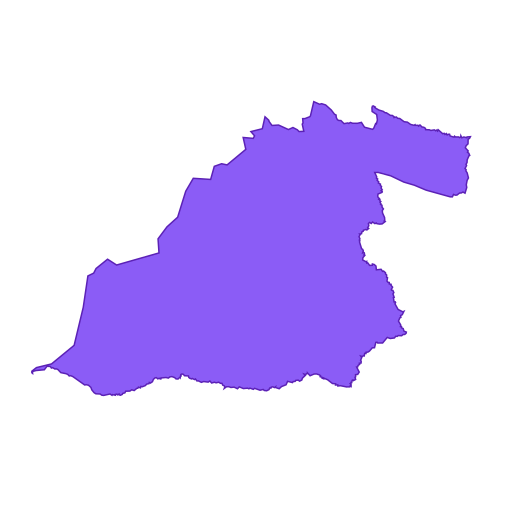 the district of Nakonde, Muchinga, Zambia, rotated 286°
{"feature_id": "96606910B77888556336058", "entity_name": "Nakonde", "entity_type": "district", "adm_level": 2, "iso_a3": "ZMB", "parent_name": "Zambia", "parent_adm1": "Muchinga", "projection": "natural_earth1", "projection_center": [32.444, -9.465], "detail": "fine", "context": "isolated", "style": "filled", "palette": "violet", "viewbox_px": 512, "rotation_deg": 286, "n_neighbors": 0, "source": "geoboundaries", "source_scale": "gbopen_adm2", "svg_char_len": 6101}
<svg xmlns="http://www.w3.org/2000/svg" viewBox="0 0 512 512"><g transform="rotate(286 256 256)"><path d="M223.1,421.6L224.3,421.5L224.6,418.9L226.8,417.5L227.1,415.7L228.1,415.4L228.0,414.3L229.4,414.3L232.7,410.9L236.2,411.3L236.9,412.2L238.6,411.4L239.9,412.8L243.5,413.4L242.8,412.6L243.8,407.3L248.3,402.8L249.8,403.0L250.3,402.5L249.9,401.4L254.0,399.5L254.4,400.2L257.3,398.1L258.8,398.6L260.6,397.1L260.5,395.7L261.2,395.3L263.7,395.9L265.1,393.8L266.0,393.7L265.9,391.8L267.3,391.4L267.1,390.1L268.0,388.8L271.4,388.4L271.5,387.4L273.8,386.8L274.4,385.5L275.6,385.1L276.7,382.8L276.1,381.9L277.7,379.9L275.9,375.5L279.4,374.1L280.4,372.0L280.4,370.1L279.1,370.4L278.3,367.8L280.2,365.3L279.8,364.4L281.3,363.9L280.8,363.4L281.6,359.6L283.8,359.2L286.6,360.4L286.8,359.5L287.4,359.9L288.9,359.2L289.2,358.5L288.5,357.7L290.6,357.7L291.8,356.7L292.1,355.5L298.1,351.6L299.4,351.6L299.8,350.9L301.1,351.2L303.0,349.7L305.2,350.2L305.7,349.5L306.5,351.3L308.3,351.1L309.3,352.2L310.3,352.1L311.8,354.3L311.6,355.4L313.5,356.7L313.9,355.5L316.2,356.1L318.2,355.1L319.6,356.0L319.0,357.8L320.8,358.7L319.9,361.4L320.9,362.5L320.4,363.3L320.7,365.9L321.6,368.4L324.7,370.7L325.0,369.6L325.6,370.0L328.4,369.0L332.2,365.8L334.4,364.9L336.4,365.5L337.6,363.8L339.5,363.1L339.9,361.6L340.5,361.8L341.8,360.4L342.8,360.9L343.2,359.8L344.2,359.7L344.3,358.4L345.3,358.8L345.8,357.4L347.1,356.5L349.2,356.2L351.9,359.6L352.7,359.6L353.2,358.2L354.4,359.1L355.8,357.5L357.4,357.5L358.2,356.0L359.4,355.8L359.9,353.5L361.2,353.5L362.1,351.6L363.6,351.7L364.0,350.3L365.4,350.2L369.0,347.1L370.0,350.4L370.2,363.5L367.8,377.7L367.7,388.7L366.2,401.4L366.4,426.3L367.0,428.5L369.6,428.9L369.4,430.8L370.0,432.4L372.6,434.3L373.2,436.0L374.5,437.3L374.0,439.6L380.0,439.7L382.4,438.5L386.9,438.1L389.6,438.7L394.1,436.1L395.7,434.3L396.9,434.2L397.7,432.8L401.0,433.5L402.0,432.6L404.0,433.1L406.6,432.5L411.1,433.1L411.6,433.7L413.5,432.2L414.0,430.7L415.5,431.0L417.7,427.4L420.0,427.6L422.2,428.9L426.9,427.7L427.8,428.8L429.8,429.2L428.6,426.0L427.8,425.8L427.7,423.0L426.4,421.2L428.0,419.8L426.7,420.0L425.9,419.0L426.3,418.0L425.4,414.9L425.9,413.8L424.8,413.6L424.9,409.5L426.4,408.5L425.9,407.0L425.3,406.8L425.2,405.8L426.1,405.2L424.9,404.1L425.8,403.1L425.0,401.8L427.6,396.3L426.2,396.1L426.9,395.1L425.9,394.2L426.4,392.7L424.9,389.5L425.1,387.8L424.2,384.2L425.4,383.7L426.0,381.9L425.8,379.8L427.1,377.8L426.8,376.9L425.7,376.6L426.2,375.4L425.5,373.1L426.1,372.7L425.2,371.9L425.1,368.4L426.4,364.6L425.9,361.4L427.8,356.3L427.4,354.2L428.3,352.6L427.2,350.5L428.0,350.3L428.7,348.2L428.2,346.5L429.6,341.9L429.3,340.6L430.1,338.5L430.2,333.8L431.1,330.3L431.6,329.2L432.1,329.4L432.6,327.4L432.1,326.6L430.4,326.6L426.9,327.8L425.3,333.0L420.2,335.2L416.2,335.3L416.3,334.5L411.5,334.0L409.9,333.2L409.7,324.8L413.5,320.5L411.5,316.9L410.2,312.1L410.4,309.9L409.0,308.7L409.2,307.6L407.5,304.1L409.6,300.3L409.1,298.1L409.5,296.6L411.4,294.9L413.6,294.1L413.9,292.4L417.1,288.1L420.4,281.3L420.5,277.1L419.4,275.3L420.3,269.0L405.8,269.7L404.8,269.4L401.6,265.2L400.9,263.0L396.9,264.5L395.5,264.1L389.0,267.6L387.5,263.0L388.7,261.0L389.7,256.1L386.5,252.3L388.1,241.6L385.9,235.4L388.9,231.5L390.0,230.9L392.3,226.3L380.1,227.0L374.2,216.8L371.1,221.5L368.3,220.9L366.4,211.0L355.7,216.8L335.6,203.1L335.2,197.5L330.7,191.2L317.1,191.3L313.4,174.3L298.9,170.6L271.7,170.0L259.5,162.4L245.5,157.1L232.2,161.9L208.9,124.5L212.0,114.2L199.9,105.7L194.8,104.7L190.5,99.9L159.0,104.1L120.0,105.8L95.9,89.2L88.2,75.7L83.5,72.3L82.0,72.7L81.6,73.6L83.4,73.0L85.3,76.2L88.3,83.9L92.4,85.5L93.1,88.8L91.9,90.2L92.6,91.4L91.9,94.0L92.5,94.8L92.3,96.8L90.1,100.5L90.5,105.8L90.3,107.7L89.2,109.5L89.9,110.9L89.6,113.2L84.8,126.9L85.5,128.3L85.6,130.6L84.2,133.5L82.1,135.0L80.0,138.0L79.4,140.0L80.4,144.3L79.7,146.1L80.0,148.0L83.1,153.7L82.4,156.0L83.2,156.2L83.4,159.0L83.9,158.6L84.9,160.3L84.4,161.3L85.6,162.4L84.8,162.8L84.8,164.1L86.1,165.6L87.2,165.8L88.3,167.7L90.1,168.0L91.4,172.0L93.1,173.4L93.1,176.0L95.9,177.9L96.4,178.9L97.5,179.1L97.4,181.3L98.9,181.3L99.0,182.8L101.0,185.4L102.7,186.2L103.8,188.3L105.0,188.3L104.7,189.5L106.6,191.1L109.2,191.4L111.1,192.6L111.6,193.8L110.8,195.5L111.8,196.6L111.4,197.8L111.7,198.5L112.6,198.3L114.4,203.0L114.5,205.4L116.0,206.5L116.9,208.4L116.7,211.3L115.8,213.0L116.3,215.0L118.7,216.4L118.4,216.7L120.1,216.5L120.2,217.0L121.4,216.4L122.2,217.4L122.2,218.9L121.2,220.2L122.1,224.1L120.8,224.8L120.2,226.1L120.1,228.1L120.7,228.5L120.3,231.0L121.1,231.7L119.6,233.7L120.1,234.9L119.5,238.3L120.9,240.3L121.6,244.8L123.1,246.1L121.7,248.4L123.2,250.8L123.1,252.6L124.4,255.0L123.8,256.9L124.2,258.4L122.7,259.6L122.4,261.3L121.7,262.1L120.0,262.0L122.2,263.7L122.9,266.0L122.7,268.1L123.9,271.1L123.3,274.8L125.6,276.0L125.1,280.4L126.6,284.3L126.4,285.8L127.3,286.6L127.1,290.2L128.4,291.1L128.1,296.9L129.7,299.7L129.0,301.0L129.4,303.4L131.1,305.3L132.9,305.6L133.2,306.8L134.1,306.8L134.9,308.2L134.6,310.0L135.6,310.8L135.0,310.8L134.8,314.9L137.5,316.5L140.5,320.4L144.2,320.9L144.4,326.0L145.5,326.3L146.3,328.2L147.4,328.5L148.3,330.8L147.7,332.4L149.4,334.2L151.4,334.3L154.6,336.2L155.7,334.8L155.6,336.6L156.8,336.8L157.1,337.9L157.8,337.7L155.8,341.0L158.5,344.3L159.3,346.6L159.2,349.7L158.7,351.0L157.7,350.9L157.5,353.5L156.8,353.3L156.6,355.0L157.3,354.9L156.8,358.9L154.5,364.6L155.1,367.8L153.9,368.0L154.7,370.1L153.6,370.5L154.6,372.9L155.1,379.0L156.1,382.3L157.4,382.4L157.0,383.3L158.7,382.8L159.4,381.7L159.9,382.4L160.6,382.2L160.7,382.9L163.1,382.7L163.6,383.4L163.1,384.0L164.8,385.8L166.7,384.6L167.3,385.1L169.4,384.4L170.2,386.4L172.9,387.2L177.0,383.3L177.5,384.3L179.0,384.3L180.4,385.5L181.4,384.9L182.1,386.5L183.9,386.1L184.5,385.3L187.4,385.6L188.7,384.2L188.7,386.0L189.8,386.8L189.8,387.6L192.3,387.3L192.6,388.6L193.8,388.3L194.5,390.1L195.9,391.3L199.8,393.1L200.5,395.2L206.0,395.0L206.5,396.1L205.9,397.0L207.3,401.7L213.9,404.6L213.7,407.8L215.4,411.7L217.3,412.4L217.7,414.0L218.7,414.6L219.5,418.0L221.0,418.9L221.6,420.6L223.1,421.6Z" fill="#8b5cf6" stroke="#5b21b6" stroke-width="1.5"/></g></svg>